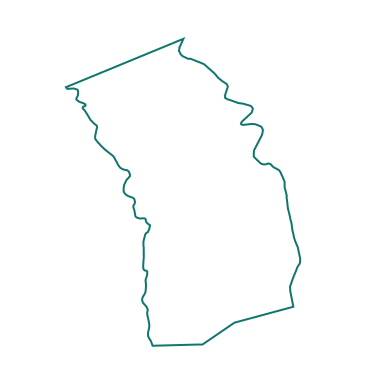 outline of Pomme, Laborie, Saint Lucia, rotated 160°
{"feature_id": "8701671B10960716544692", "entity_name": "Pomme", "entity_type": "district", "adm_level": 2, "iso_a3": "LCA", "parent_name": "Saint Lucia", "parent_adm1": "Laborie", "projection": "orthographic", "projection_center": [-60.981, 13.758], "detail": "fine", "context": "isolated", "style": "outline", "palette": "teal", "viewbox_px": 384, "rotation_deg": 160, "n_neighbors": 0, "source": "geoboundaries", "source_scale": "gbopen_adm2", "svg_char_len": 4909}
<svg xmlns="http://www.w3.org/2000/svg" viewBox="0 0 384 384"><g transform="rotate(160 192 192)"><path d="M274.6,333.6L274.3,332.2L273.8,331.6L273.2,331.3L272.6,331.2L270.7,330.6L268.3,329.9L267.2,329.4L266.0,328.4L264.7,327.4L264.5,326.6L264.6,325.6L265.0,324.5L265.5,323.2L266.1,322.0L266.8,321.2L267.5,320.5L268.4,319.8L269.0,318.7L268.6,317.6L267.9,316.6L267.0,315.3L266.0,314.4L264.3,313.1L263.2,312.0L262.2,310.8L262.3,310.0L262.9,309.4L263.6,309.2L264.5,309.4L265.2,309.4L265.8,308.8L266.1,308.2L265.8,307.1L265.3,306.3L264.8,305.0L264.5,303.4L264.0,301.4L263.8,300.2L263.5,298.7L263.2,296.9L262.9,295.3L262.7,294.3L262.1,293.1L261.3,291.3L260.8,290.2L260.0,288.8L259.1,287.5L258.8,286.6L258.9,285.7L259.1,285.1L259.7,284.3L260.5,283.2L261.2,282.0L262.3,280.2L263.0,279.2L263.6,278.1L264.4,276.5L264.7,275.4L264.7,274.8L264.4,273.9L264.2,272.8L263.7,271.6L263.2,270.1L262.4,268.5L261.7,266.4L260.5,264.2L259.4,261.8L258.0,259.6L257.1,258.1L256.0,256.3L255.0,254.8L254.2,253.4L253.5,251.9L253.2,250.1L252.8,247.5L252.5,245.9L252.3,244.4L252.2,242.9L251.7,241.1L251.1,239.3L250.2,238.1L249.4,237.2L248.3,236.3L246.7,235.3L245.8,234.9L244.8,233.6L244.4,232.3L244.3,230.8L244.5,229.4L244.8,228.2L246.7,227.1L248.2,226.3L249.3,225.8L249.9,225.4L251.7,223.4L253.0,222.3L253.9,220.9L254.7,219.4L255.3,218.1L255.8,216.5L256.0,215.9L255.9,214.4L255.7,213.7L254.9,212.0L254.0,210.8L252.9,209.6L251.7,208.6L250.3,207.5L249.5,206.7L248.6,205.3L248.7,204.8L248.8,203.5L248.9,202.4L249.4,201.4L250.0,200.6L250.5,200.1L251.1,199.7L251.8,199.1L252.1,198.5L252.3,197.6L252.4,196.2L252.4,195.3L252.5,193.8L252.8,192.5L253.0,191.3L253.2,190.0L253.5,188.9L253.4,188.5L253.0,187.4L252.5,186.8L251.5,186.0L250.6,185.3L249.5,184.7L248.4,184.4L247.2,184.1L246.0,183.6L245.2,183.1L244.9,182.3L245.0,181.5L245.3,180.4L245.3,179.8L245.1,179.1L244.7,178.0L244.4,177.4L243.5,176.1L242.8,175.1L243.0,174.9L243.8,173.4L244.7,172.0L245.8,170.9L246.4,170.2L247.3,169.4L247.8,169.3L248.5,169.2L249.4,168.9L250.7,167.8L251.5,166.6L252.8,164.7L253.7,163.4L254.5,162.2L255.2,160.5L255.6,159.3L256.1,157.6L256.4,156.2L257.0,154.6L257.7,152.5L258.5,150.4L259.3,148.0L260.1,146.2L261.1,144.0L261.6,142.8L262.5,140.7L263.4,138.6L263.7,137.8L263.9,136.6L263.8,135.4L263.3,134.5L262.5,134.0L261.6,133.5L261.3,132.6L261.7,131.3L262.2,130.3L262.6,129.3L263.6,128.0L264.0,127.4L264.6,126.8L265.3,125.8L265.8,125.0L266.0,124.1L266.5,122.9L266.5,121.8L266.9,121.0L267.0,120.7L267.5,119.1L268.1,117.8L268.6,116.6L269.4,115.0L270.1,113.7L271.2,112.6L272.4,111.5L273.4,110.8L274.5,109.8L275.5,108.4L275.9,106.9L276.0,105.8L275.9,104.6L275.7,104.1L275.5,103.6L274.9,102.0L274.4,100.8L273.9,99.1L273.8,97.1L274.0,96.1L275.0,94.6L275.7,93.3L276.0,91.7L276.2,90.4L276.6,87.5L276.9,85.1L277.4,82.6L277.8,81.2L278.1,80.2L278.7,79.1L279.3,78.2L280.0,77.0L280.9,75.7L281.6,74.3L282.2,73.1L282.5,71.4L282.4,69.8L282.3,69.0L281.9,67.5L281.8,66.9L281.6,65.7L281.6,64.9L281.6,63.5L281.6,62.2L281.6,61.0L237.6,46.3L237.0,46.0L234.3,45.1L196.8,54.7L136.0,49.5L135.9,49.9L135.9,50.3L135.6,52.0L135.0,56.3L134.7,57.9L133.6,65.0L132.2,69.7L129.9,72.3L129.4,73.1L126.3,76.8L123.3,80.1L121.0,82.6L120.5,83.1L120.3,83.5L119.7,84.1L118.2,85.8L115.5,87.7L114.9,88.3L114.7,88.8L113.4,91.5L113.0,93.2L112.4,97.5L112.3,99.0L112.1,99.7L111.5,104.0L111.7,107.8L111.8,110.4L111.8,111.5L111.8,111.8L111.7,114.1L111.5,115.3L111.3,117.0L111.0,118.7L110.8,121.5L110.7,121.9L110.6,122.2L109.3,128.2L109.0,130.2L109.0,132.0L108.6,134.0L108.1,137.9L108.0,138.6L107.5,143.9L107.4,144.1L107.4,144.4L107.2,144.8L107.1,145.2L107.1,145.7L106.2,149.0L106.1,149.6L105.4,152.1L105.2,153.8L104.8,154.9L104.6,155.3L104.2,156.2L103.3,164.9L101.5,169.8L101.5,170.3L101.7,175.2L102.1,179.4L102.0,180.0L102.7,182.4L103.0,183.1L106.9,187.4L107.1,187.8L107.7,189.0L108.6,191.3L108.9,191.6L110.3,192.6L111.7,192.7L113.1,192.8L113.8,192.9L114.2,193.0L115.5,193.6L116.7,194.4L117.0,194.6L117.9,195.8L118.3,196.6L119.4,198.9L120.0,200.0L121.0,202.3L121.9,204.1L121.0,206.3L120.9,206.9L120.3,208.0L119.6,209.8L107.1,221.3L105.7,223.2L104.9,224.6L104.1,226.2L104.2,227.6L104.6,229.7L105.3,230.4L109.0,233.8L110.0,234.4L113.9,235.9L115.9,236.3L119.1,237.1L121.0,237.6L122.3,238.4L122.5,238.8L122.7,239.2L121.9,240.4L121.2,240.9L120.8,241.0L120.5,241.3L109.4,245.9L108.9,246.2L108.3,246.7L106.5,249.2L106.3,249.7L106.9,252.1L107.7,253.1L113.6,257.4L114.7,258.1L116.2,258.7L119.0,260.4L119.4,260.9L125.3,265.8L126.6,266.7L127.7,267.8L127.8,268.3L128.7,269.1L128.3,270.0L128.2,271.2L127.5,271.8L127.2,272.5L125.3,274.9L124.1,276.5L123.0,277.7L122.3,278.9L122.3,281.2L123.3,282.8L125.7,285.9L128.3,290.3L130.4,295.9L130.6,296.3L137.0,308.0L137.8,308.8L147.0,317.0L147.8,317.7L149.1,318.2L149.5,318.2L150.1,318.5L154.5,323.0L154.7,323.7L154.9,324.0L155.6,325.4L155.7,327.4L155.7,327.7L156.1,329.1L154.4,331.6L154.3,332.3L152.8,333.6L147.7,338.9L274.6,333.6Z" fill="none" stroke="#0f766e" stroke-width="2"/></g></svg>